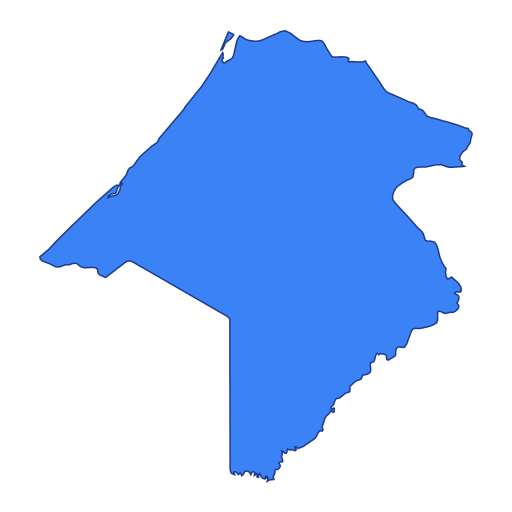 the border of Chiapas, rotated 90°
{"feature_id": "MEX-2735", "entity_name": "Chiapas", "entity_type": "State", "adm_level": 1, "iso_a3": "MEX", "parent_name": "Mexico", "parent_adm1": "", "projection": "mercator", "projection_center": [-92.17, 16.27], "detail": "fine", "context": "isolated", "style": "filled", "palette": "blue", "viewbox_px": 512, "rotation_deg": 90, "n_neighbors": 0, "source": "natural_earth", "source_scale": "10m", "svg_char_len": 5951}
<svg xmlns="http://www.w3.org/2000/svg" viewBox="0 0 512 512"><g transform="rotate(90 256 256)"><path d="M354.6,133.2L354.0,133.4L353.4,135.3L356.2,136.6L360.0,137.4L361.8,138.4L362.8,141.4L365.2,141.8L368.4,141.3L371.7,141.5L373.0,142.6L374.1,144.6L374.8,146.9L375.0,148.8L375.5,149.6L377.9,150.3L379.1,150.9L379.6,151.8L380.2,154.1L380.7,155.3L381.8,157.1L386.1,161.8L387.3,162.3L390.2,162.0L391.5,162.2L392.1,163.0L392.7,165.4L393.2,166.5L397.4,171.6L398.1,173.0L398.6,175.6L400.1,176.9L404.7,178.5L405.4,179.1L406.9,180.7L407.5,181.1L408.7,180.6L408.6,179.4L408.1,178.3L408.3,177.7L410.4,177.7L412.1,178.0L412.4,179.0L410.4,181.1L412.9,182.3L416.4,185.9L418.6,187.2L426.9,189.8L428.3,189.8L429.5,188.8L431.1,189.8L431.1,190.6L430.7,192.1L432.5,193.6L436.8,195.8L438.5,197.1L446.6,209.0L448.3,213.5L446.7,216.4L446.7,217.2L447.7,217.0L448.3,216.8L448.8,216.4L449.1,215.5L450.7,216.5L450.3,218.3L449.6,220.4L450.0,222.5L449.0,224.4L450.0,224.9L451.9,225.0L453.3,225.8L453.3,227.1L452.5,228.1L451.4,229.0L450.8,230.2L452.3,229.8L454.2,229.8L455.9,230.2L456.6,230.6L457.3,230.3L460.4,229.3L461.6,229.3L462.1,232.0L462.9,233.1L465.8,231.7L467.1,232.1L468.2,232.9L469.0,233.6L469.6,235.0L469.4,236.1L469.7,236.8L473.5,237.3L474.8,237.8L475.6,238.4L476.4,238.8L477.7,238.6L478.8,238.1L479.5,238.2L479.7,240.0L479.7,241.7L479.9,242.4L481.3,244.8L479.4,244.2L477.8,244.1L476.7,244.8L476.4,246.5L477.2,246.5L477.2,245.6L478.0,245.6L479.0,247.2L478.3,249.2L476.5,251.0L474.3,251.7L473.5,252.1L474.7,253.0L476.4,253.7L477.2,253.4L477.2,254.7L476.4,255.0L475.4,254.7L474.7,254.2L474.6,254.6L474.6,254.9L474.4,255.1L473.9,255.0L474.3,255.7L475.1,257.1L475.5,257.7L474.0,257.5L473.6,257.3L473.1,256.8L471.7,258.3L471.9,259.6L473.1,260.5L474.7,261.2L473.3,261.9L471.8,263.0L471.0,264.7L471.4,267.1L474.9,269.1L475.7,270.3L473.1,271.4L473.1,272.2L474.6,273.7L471.7,276.1L472.2,278.3L473.1,278.3L473.5,277.8L473.7,277.7L474.0,277.6L474.7,277.3L474.4,278.4L473.5,280.2L473.1,280.8L470.9,281.6L468.5,281.9L457.7,281.9L408.0,282.0L391.4,282.0L374.8,282.1L341.7,282.1L319.6,282.1L317.7,283.1L316.2,285.0L313.5,289.7L311.3,293.6L305.4,303.8L297.1,318.2L287.6,334.7L278.1,351.1L261.8,379.5L261.0,381.7L261.0,384.0L261.9,386.1L277.5,406.4L275.1,411.9L273.9,413.4L272.3,414.1L270.7,414.2L269.2,414.7L267.8,416.1L267.4,420.2L267.8,428.0L266.4,431.7L263.9,434.6L263.3,436.1L263.4,438.7L263.7,439.8L264.8,442.8L264.9,443.8L264.7,445.6L264.8,446.5L266.9,452.7L267.0,455.0L266.6,456.9L264.0,461.7L261.3,469.0L259.2,471.7L256.7,472.1L256.2,471.5L249.6,463.5L240.4,454.9L225.3,439.6L202.2,415.7L187.1,398.7L185.2,395.5L185.3,392.9L187.2,394.1L192.4,395.8L193.5,396.9L193.7,399.2L194.5,401.5L195.8,403.3L197.7,404.1L196.4,401.5L195.4,396.4L193.9,394.2L192.3,393.2L189.8,392.1L187.2,391.6L185.3,392.1L184.9,390.0L183.6,389.6L182.9,390.5L184.5,392.1L182.5,391.8L175.3,386.0L170.4,384.0L168.1,382.5L166.3,379.0L156.7,372.1L145.6,359.6L143.4,356.1L142.1,354.4L138.6,353.0L109.4,328.2L107.3,327.2L87.1,310.9L74.7,302.5L52.6,289.4L54.0,288.8L56.9,289.0L58.3,288.6L59.1,290.0L60.4,290.1L62.0,289.2L63.3,287.7L60.9,284.7L59.6,281.9L58.0,279.6L55.0,278.3L40.6,275.1L36.9,273.1L35.7,272.1L36.4,270.8L37.4,269.2L38.5,267.6L39.5,265.9L40.2,263.7L40.7,261.3L41.0,258.9L41.3,256.5L41.0,252.9L39.5,248.6L37.6,244.5L36.1,241.2L34.1,236.5L33.1,234.2L31.8,232.0L30.7,227.0L33.1,221.8L36.9,216.8L40.0,212.6L41.0,210.2L41.5,207.7L41.7,205.1L41.6,202.5L41.2,199.8L40.7,196.3L40.4,192.9L40.8,190.4L42.3,188.8L44.8,187.2L47.4,185.8L49.5,184.7L56.4,180.3L57.0,178.9L57.1,176.3L56.9,171.9L56.9,168.6L57.2,165.2L58.5,163.1L61.6,163.8L61.7,162.9L61.7,162.0L61.7,161.0L61.6,160.2L61.8,156.8L62.0,153.2L61.9,149.6L61.0,146.4L62.6,145.8L64.0,145.0L66.9,142.8L84.5,130.8L87.0,129.3L89.5,127.5L91.7,125.5L93.1,123.0L95.2,118.0L98.4,110.8L100.0,107.2L101.7,103.5L102.7,100.4L103.2,98.7L103.8,97.9L104.5,96.5L105.2,95.6L107.3,94.2L107.8,93.8L108.4,93.4L108.9,93.4L109.2,93.1L109.5,90.9L109.8,90.2L111.0,88.7L112.7,87.4L114.6,86.2L116.2,84.9L116.9,83.1L117.8,80.7L118.2,78.3L118.7,76.3L120.9,68.8L123.0,61.2L125.3,53.7L128.1,46.5L128.4,43.7L129.8,43.3L130.6,42.7L132.1,40.7L133.5,39.9L135.2,40.1L138.2,41.1L142.5,41.8L143.6,42.4L146.1,44.1L149.0,45.5L151.6,49.0L155.5,51.8L159.5,52.5L162.2,49.8L164.8,50.2L166.3,47.6L166.6,49.8L166.7,50.6L166.7,53.2L166.9,54.1L167.0,56.4L167.2,58.7L167.3,61.0L167.2,63.2L166.7,65.2L166.0,67.0L165.3,68.8L164.7,70.9L164.8,76.0L165.9,81.1L167.0,86.2L167.0,91.4L167.3,94.6L168.1,97.0L169.8,98.3L172.9,98.3L176.9,99.0L178.9,101.5L180.2,105.0L182.4,108.9L183.7,110.8L185.1,112.8L186.6,114.7L188.3,116.2L191.7,118.2L195.5,119.4L199.4,119.3L202.7,117.0L203.6,116.2L204.1,115.7L204.6,115.3L210.1,110.3L211.9,108.6L215.5,105.2L216.7,104.1L227.0,95.0L229.0,92.9L231.1,90.6L233.5,88.8L236.1,88.0L240.3,86.7L241.2,84.5L241.1,81.5L242.1,77.5L245.1,75.4L249.2,74.0L253.6,73.0L257.3,72.1L260.3,70.9L263.3,69.5L266.1,67.8L268.6,66.0L272.3,66.5L276.7,66.0L279.1,64.1L277.0,60.3L280.1,57.0L283.3,53.5L286.9,51.2L289.6,50.7L290.4,50.6L292.0,51.5L291.9,55.9L293.2,57.6L294.1,56.4L294.6,55.1L295.2,54.0L296.6,53.3L298.4,53.1L300.1,53.5L303.2,55.0L305.6,53.2L308.2,53.6L310.5,55.7L312.2,58.5L312.4,59.4L312.2,61.8L312.4,62.6L312.7,63.2L312.9,63.8L313.4,67.7L312.7,68.9L311.5,71.3L311.1,73.4L312.7,74.4L315.2,74.4L317.7,74.3L320.2,74.5L322.7,75.3L324.9,78.9L326.5,83.2L327.6,87.8L328.4,91.9L328.5,93.4L328.5,94.6L328.3,95.7L328.3,97.0L329.1,99.2L331.1,100.6L333.6,101.6L335.8,102.3L336.6,102.7L337.0,102.8L337.4,103.0L339.5,103.8L342.1,104.6L344.5,105.6L345.3,106.4L346.4,106.9L347.4,107.7L347.4,109.6L346.9,113.4L347.4,114.7L348.9,115.7L350.7,116.2L352.2,116.4L354.8,116.3L355.7,116.7L356.8,118.1L359.6,122.9L360.1,123.3L359.6,125.1L358.3,125.5L356.6,125.4L355.1,125.9L354.4,127.1L353.9,129.1L353.8,131.2L354.2,132.8L354.6,133.2ZM34.5,278.4L35.9,278.9L38.9,281.3L42.1,285.8L43.5,286.9L47.5,288.5L49.3,289.5L50.1,291.1L31.9,283.6L34.5,278.4Z" fill="#3b82f6" stroke="#1e3a8a" stroke-width="1.5"/></g></svg>